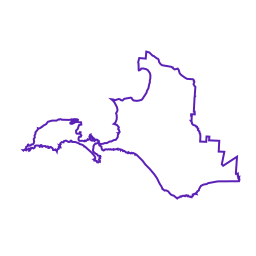 outline of Bass Coast, Victoria, Australia, rotated 355°
{"feature_id": "25037944B92127790017854", "entity_name": "Bass Coast", "entity_type": "district", "adm_level": 2, "iso_a3": "AUS", "parent_name": "Australia", "parent_adm1": "Victoria", "projection": "orthographic", "projection_center": [145.362, -38.485], "detail": "fine", "context": "isolated", "style": "outline", "palette": "violet", "viewbox_px": 256, "rotation_deg": 355, "n_neighbors": 0, "source": "geoboundaries", "source_scale": "gbopen_adm2", "svg_char_len": 5849}
<svg xmlns="http://www.w3.org/2000/svg" viewBox="0 0 256 256"><g transform="rotate(355 128 128)"><path d="M203.1,189.9L212.8,189.0L234.0,190.7L234.4,189.6L234.0,188.9L234.4,188.5L233.4,187.4L233.6,186.8L234.4,186.8L234.5,186.5L233.8,186.7L233.5,186.3L233.8,186.0L233.2,185.2L233.5,184.8L233.3,184.4L233.5,182.9L231.6,183.2L231.5,182.6L234.1,166.1L219.5,173.9L218.3,172.3L221.9,160.1L216.3,159.4L217.8,148.7L207.7,147.4L208.3,143.7L205.5,143.3L204.7,148.6L198.7,147.8L199.4,142.6L199.4,140.0L199.0,139.8L198.8,137.6L198.4,137.5L198.1,136.6L197.5,136.1L197.9,134.7L197.2,134.4L196.9,132.8L196.0,132.6L195.6,131.6L193.2,130.6L192.4,129.6L192.1,129.1L192.2,128.1L191.3,126.4L191.9,126.5L192.6,121.3L191.9,121.2L192.1,119.8L195.7,120.2L195.8,117.5L195.0,117.4L197.0,103.1L197.5,102.4L197.2,102.3L198.7,92.9L197.6,91.4L197.1,90.0L198.1,88.1L198.0,87.2L197.6,87.0L197.8,86.2L196.9,85.1L191.1,84.2L189.0,82.7L185.7,79.9L184.3,78.1L183.5,74.4L182.7,73.2L179.6,73.7L178.1,72.5L177.9,71.6L177.4,71.6L176.4,70.8L167.3,68.4L165.8,66.9L164.7,64.8L164.5,62.8L163.9,61.7L162.7,61.1L160.0,58.6L158.8,58.1L155.8,54.6L152.9,53.5L151.7,60.4L145.3,59.3L143.8,63.6L144.1,64.6L143.7,71.3L143.9,71.6L145.5,71.0L146.3,70.0L148.2,70.0L151.1,70.9L152.7,72.0L154.4,74.8L154.7,75.8L154.9,77.8L154.5,80.7L153.8,83.0L153.8,84.4L153.0,86.1L151.8,90.2L150.1,92.7L149.5,94.5L144.6,100.7L143.4,101.3L140.4,101.7L138.9,101.7L135.8,101.0L134.8,99.8L134.3,98.5L133.4,98.0L126.8,98.6L125.0,100.1L123.5,99.7L122.3,98.6L121.2,98.3L117.4,99.2L116.1,98.4L113.9,97.9L115.9,100.0L117.1,102.1L118.8,106.3L119.1,108.6L118.9,110.1L117.4,112.3L117.8,113.8L117.8,116.1L117.4,118.6L115.9,121.5L114.2,122.7L117.1,123.9L118.7,126.1L118.9,126.6L118.5,127.0L118.2,128.3L118.6,128.4L119.3,131.2L118.6,131.6L118.4,132.4L117.6,132.3L118.0,132.9L117.3,134.1L116.9,136.4L114.8,138.7L112.8,138.8L110.4,139.9L108.4,139.9L105.6,141.2L103.5,141.0L101.8,141.5L98.2,141.6L97.8,141.8L98.0,142.9L99.9,144.1L99.9,145.8L100.4,147.5L101.7,148.3L102.5,148.0L102.6,147.5L104.2,147.3L105.9,147.7L106.8,147.4L108.1,147.9L108.6,147.6L110.2,148.2L111.5,147.8L111.9,148.5L112.6,148.1L114.2,148.2L116.0,147.7L116.4,148.8L117.8,148.4L118.7,148.8L118.8,149.4L119.3,148.9L120.8,149.7L121.0,150.6L122.5,150.6L124.0,152.3L124.8,152.2L125.5,152.9L126.2,152.3L126.6,153.0L127.2,152.7L128.6,153.6L129.5,153.0L130.2,153.6L131.0,153.4L132.7,154.3L132.9,155.3L133.5,155.0L134.0,155.2L139.6,161.8L142.2,166.0L145.9,170.4L150.2,176.5L152.6,180.8L154.6,186.1L156.3,189.3L157.1,192.0L157.7,192.1L158.9,193.5L160.4,193.4L162.5,194.6L164.2,197.2L165.5,198.5L167.7,199.4L170.9,202.5L171.9,201.7L173.5,201.5L174.2,200.7L175.3,201.0L175.8,200.5L177.1,200.3L178.9,200.9L179.3,200.2L180.1,200.5L180.5,200.1L181.2,200.4L181.5,201.1L182.2,200.8L182.4,201.4L184.8,202.3L184.7,201.8L185.9,201.9L186.9,201.1L186.7,199.9L188.1,199.5L188.7,199.7L189.0,199.3L190.5,199.8L190.1,198.7L191.2,198.0L191.4,197.2L193.1,196.4L193.7,194.7L195.6,192.0L198.5,190.9L201.5,190.7L203.1,189.9ZM87.2,136.3L85.2,136.7L85.0,137.2L84.0,136.9L83.9,137.4L83.5,137.5L81.8,136.8L78.5,136.6L77.7,135.5L77.9,133.7L78.7,132.4L80.1,132.6L80.9,131.4L80.0,129.8L80.4,128.1L79.8,127.9L78.6,129.4L76.7,129.3L76.0,128.5L76.0,126.1L77.9,124.5L79.4,120.9L81.8,120.5L81.7,118.2L80.0,118.1L77.6,117.2L77.4,117.6L76.5,117.6L75.8,117.0L75.4,117.2L74.9,118.2L73.0,118.8L72.9,118.5L74.7,117.9L74.8,117.2L74.2,116.7L73.4,116.9L73.4,117.4L73.0,117.2L73.1,117.8L72.6,118.0L72.4,118.5L72.1,118.2L71.6,118.8L71.0,118.5L71.0,118.1L70.7,118.4L71.2,117.6L72.4,117.4L72.5,116.1L72.8,116.4L73.5,116.3L73.5,116.0L73.7,116.3L74.3,115.9L74.9,116.1L77.0,115.2L79.5,115.9L78.3,115.0L75.8,114.5L69.8,114.8L62.9,114.0L61.7,113.3L60.8,113.5L60.7,112.8L60.6,113.3L59.6,113.4L57.4,114.4L53.0,114.0L48.8,114.8L46.8,117.0L43.8,118.3L42.7,119.3L42.1,119.3L41.0,120.2L39.1,120.8L38.2,120.4L38.2,121.4L35.4,124.3L35.3,125.8L34.3,127.2L34.3,129.4L33.1,130.8L33.3,133.2L32.8,135.0L31.8,136.0L30.3,136.0L29.8,136.6L28.6,137.0L28.0,136.9L27.3,135.8L26.8,135.9L26.2,137.4L24.9,138.0L24.9,139.0L23.6,140.3L23.4,140.8L24.5,141.3L24.7,140.8L26.7,140.7L27.1,140.1L27.7,140.8L27.8,140.7L28.2,140.0L28.3,140.0L28.1,140.6L28.6,140.2L28.5,140.8L29.1,140.2L29.1,140.6L29.7,139.9L31.2,139.5L32.2,140.1L33.4,139.3L33.6,137.9L34.8,137.4L37.7,137.8L38.2,138.2L38.4,139.0L39.3,138.8L38.9,137.9L39.8,137.4L40.4,137.6L41.0,139.2L41.6,138.8L43.9,138.7L44.4,139.0L44.8,139.8L46.3,139.4L47.0,139.7L47.3,140.2L47.1,140.9L48.1,140.9L49.0,140.1L49.8,140.4L51.2,141.8L51.5,143.4L52.6,143.5L53.7,143.1L53.8,143.7L54.7,144.2L55.1,145.2L55.5,143.6L56.1,142.9L56.9,142.9L57.3,141.8L57.8,141.7L57.3,141.4L57.5,140.9L57.9,141.0L57.6,140.6L58.5,140.1L58.3,139.7L58.8,140.0L58.6,138.6L59.3,138.4L59.1,138.0L59.3,137.4L60.7,136.3L62.5,136.7L62.9,135.6L65.1,135.1L67.7,136.8L68.8,136.7L69.7,136.3L69.7,135.7L70.1,135.6L70.6,135.8L71.1,137.0L74.3,137.4L77.7,138.9L78.3,139.7L81.2,140.8L82.8,142.3L82.8,142.7L83.7,143.0L89.4,149.1L92.0,152.7L92.7,154.2L92.8,155.1L92.5,155.8L91.4,156.2L91.8,156.4L91.7,156.8L92.0,156.7L92.3,157.7L94.0,158.0L94.3,159.5L95.2,159.7L96.5,158.9L97.0,159.2L97.2,158.4L96.4,157.4L96.4,156.7L96.9,156.1L97.4,156.0L97.2,155.3L97.6,155.3L97.5,154.7L98.1,154.2L97.9,153.4L95.6,152.9L94.9,151.5L93.6,150.8L92.0,149.2L91.3,148.0L91.1,147.1L91.9,144.7L91.9,143.4L92.9,141.8L93.8,141.0L97.4,140.2L98.0,139.6L97.5,139.0L97.7,138.5L96.9,138.3L97.7,138.3L96.6,138.0L96.7,137.4L96.1,136.9L94.9,136.8L94.5,137.2L93.8,136.3L93.8,137.2L93.2,137.2L92.9,137.7L92.1,137.1L91.2,137.5L90.5,137.3L88.7,135.5L87.5,136.2L87.2,136.0L87.2,136.3ZM90.2,131.3L89.7,131.4L88.7,133.5L89.5,134.4L90.9,134.6L91.9,135.7L92.1,136.5L92.6,137.0L92.3,135.7L92.5,135.3L91.8,135.1L91.5,133.4L90.0,132.0L90.2,131.3ZM75.5,116.4L77.3,116.6L77.7,116.4L76.8,116.0L75.5,116.4ZM21.5,140.9L21.9,141.3L22.2,140.9L21.5,140.9Z" fill="none" stroke="#5b21b6" stroke-width="2"/></g></svg>